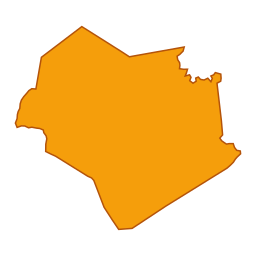 Santana dos Garrotes, Paraíba, Brazil
{"feature_id": "56859067B10532449227644", "entity_name": "Santana dos Garrotes", "entity_type": "district", "adm_level": 2, "iso_a3": "BRA", "parent_name": "Brazil", "parent_adm1": "Paraíba", "projection": "albers", "projection_center": [-37.95, -7.392], "detail": "fine", "context": "isolated", "style": "filled", "palette": "amber", "viewbox_px": 256, "rotation_deg": 0, "n_neighbors": 0, "source": "geoboundaries", "source_scale": "gbopen_adm2", "svg_char_len": 1125}
<svg xmlns="http://www.w3.org/2000/svg" viewBox="0 0 256 256"><path d="M23.8,96.6L21.4,100.1L20.2,103.8L19.8,108.4L18.2,111.5L17.4,114.5L17.1,118.6L15.4,123.1L17.1,127.4L21.4,125.9L24.8,126.0L28.6,127.8L31.8,127.2L36.5,128.1L39.8,128.5L43.3,130.0L43.8,132.7L46.1,135.8L46.8,138.8L45.8,144.2L45.7,151.5L51.0,154.1L55.6,156.2L87.7,176.2L91.5,177.9L93.8,180.4L104.1,207.3L112.2,219.8L118.7,229.4L132.1,228.4L165.7,206.2L227.1,168.1L230.5,165.1L233.4,162.2L235.3,159.2L237.1,157.1L240.6,153.8L240.3,151.0L236.7,150.3L234.5,147.4L233.2,143.6L229.2,143.6L226.5,144.1L224.2,142.6L221.7,140.8L219.8,138.1L222.6,134.9L221.4,120.9L217.0,83.2L220.7,81.2L221.1,78.3L220.8,74.1L215.3,72.6L213.7,74.8L210.9,76.0L212.3,78.4L210.9,81.7L207.8,78.2L204.1,80.0L200.5,79.4L198.3,77.0L195.7,78.1L196.2,81.2L193.0,83.2L189.7,80.7L191.0,77.3L189.5,74.8L185.2,76.0L186.3,73.3L187.5,69.2L183.6,69.3L179.5,68.7L179.9,65.5L179.6,62.7L177.7,59.7L177.1,56.2L179.8,54.4L183.1,51.1L184.2,47.0L135.4,55.7L129.4,56.8L122.2,52.1L81.8,26.6L41.4,57.3L35.9,89.0L31.8,88.7L28.9,90.6L26.7,93.3L23.8,96.6Z" fill="#f59e0b" stroke="#b45309" stroke-width="1.5"/></svg>